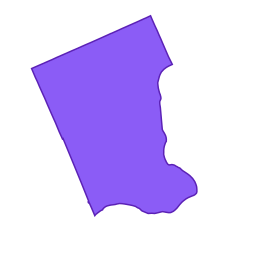 outline of East Fremantle, Western Australia, Australia, rotated 157°
{"feature_id": "25037944B65528874584429", "entity_name": "East Fremantle", "entity_type": "district", "adm_level": 2, "iso_a3": "AUS", "parent_name": "Australia", "parent_adm1": "Western Australia", "projection": "natural_earth1", "projection_center": [115.768, -32.037], "detail": "fine", "context": "isolated", "style": "filled", "palette": "violet", "viewbox_px": 256, "rotation_deg": 157, "n_neighbors": 0, "source": "geoboundaries", "source_scale": "gbopen_adm2", "svg_char_len": 2278}
<svg xmlns="http://www.w3.org/2000/svg" viewBox="0 0 256 256"><g transform="rotate(157 128 128)"><path d="M192.8,60.3L191.7,60.9L190.7,61.3L189.9,61.4L189.4,61.7L188.5,61.8L186.2,62.4L185.0,62.6L184.2,62.6L183.4,62.6L182.6,63.3L181.6,63.8L180.4,64.1L179.5,64.4L177.4,64.4L174.3,63.9L173.2,63.6L169.7,62.6L168.0,62.4L165.3,61.8L162.9,60.6L160.7,59.3L156.7,56.7L154.0,54.8L152.8,53.8L152.7,53.7L151.7,52.9L150.7,51.4L150.1,50.6L149.2,49.8L148.6,48.7L148.3,48.0L147.9,46.9L147.4,46.1L142.8,41.4L142.2,41.3L141.3,40.9L139.3,40.2L138.6,39.8L138.2,39.6L136.8,38.9L133.5,38.3L130.2,37.8L128.8,37.5L127.4,36.6L125.6,35.4L123.5,34.1L121.8,33.5L120.8,33.5L118.8,33.6L116.9,34.1L114.3,35.1L110.3,37.3L107.5,38.6L105.4,39.3L102.3,40.1L99.7,40.4L95.8,40.4L93.7,40.3L92.4,40.5L92.1,40.6L90.5,41.2L89.5,42.4L88.6,44.6L87.9,46.7L87.7,47.6L87.5,49.6L87.5,52.6L88.2,56.2L89.7,60.0L91.0,62.3L92.5,64.6L94.5,67.6L95.6,70.1L95.8,70.7L97.5,72.5L97.8,73.1L98.7,74.1L99.7,75.6L100.7,76.4L101.9,77.2L104.0,77.7L104.9,78.2L105.6,79.3L106.0,81.7L106.0,82.9L106.1,84.4L106.0,86.6L105.5,89.7L104.5,91.9L103.8,93.6L102.8,95.4L101.5,97.3L99.2,99.9L98.0,100.7L97.0,102.9L97.0,103.2L96.6,104.4L96.4,106.4L96.6,109.2L97.0,111.8L97.0,113.3L94.1,122.3L90.2,134.3L89.4,137.6L88.5,139.9L86.3,142.0L85.7,143.6L85.3,146.1L85.3,147.9L85.0,149.9L84.5,153.0L83.3,157.1L82.8,158.3L81.0,160.6L80.1,161.8L79.0,163.2L77.6,164.7L75.4,166.5L72.1,168.0L69.0,168.8L66.4,169.1L63.1,169.2L62.4,169.2L62.4,170.0L62.9,177.9L63.0,193.2L63.0,194.9L63.0,197.4L63.1,201.1L63.1,202.2L63.1,206.2L63.2,209.0L63.3,211.5L63.4,218.8L63.4,222.5L68.5,222.3L70.9,222.3L78.5,222.1L86.0,222.0L92.3,221.9L93.6,221.9L101.1,221.7L106.1,221.6L107.0,221.7L108.9,221.6L117.8,221.4L129.5,221.2L134.0,221.2L147.3,221.0L149.5,221.0L157.0,220.9L166.2,220.8L171.4,220.6L175.5,220.6L183.8,220.5L184.6,220.5L193.5,220.4L193.5,210.6L193.3,206.1L193.3,200.8L193.1,190.9L193.0,187.9L193.0,181.2L192.9,171.3L192.8,165.5L192.7,161.4L192.8,151.4L192.6,143.5L191.9,143.7L192.2,113.0L192.3,104.3L192.4,95.4L192.6,85.2L192.8,75.9L193.0,75.9L193.3,75.8L193.3,75.7L193.5,75.6L193.6,75.4L193.6,75.1L193.6,74.9L193.6,74.7L193.4,74.5L193.4,74.4L193.1,74.3L193.1,74.2L192.9,74.2L192.8,68.5L192.8,64.4L192.8,60.3Z" fill="#8b5cf6" stroke="#5b21b6" stroke-width="1.5"/></g></svg>